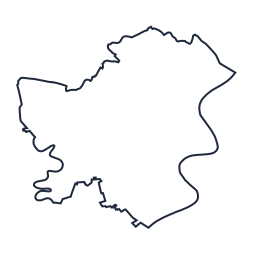 Kien Thuy, Hải Phòng, Vietnam, rotated 268°
{"feature_id": "81297802B29420287983322", "entity_name": "Kien Thuy", "entity_type": "district", "adm_level": 2, "iso_a3": "VNM", "parent_name": "Vietnam", "parent_adm1": "Hải Phòng", "projection": "equal_earth", "projection_center": [106.673, 20.734], "detail": "fine", "context": "isolated", "style": "outline", "palette": "slate", "viewbox_px": 256, "rotation_deg": 268, "n_neighbors": 0, "source": "geoboundaries", "source_scale": "gbopen_adm2", "svg_char_len": 5617}
<svg xmlns="http://www.w3.org/2000/svg" viewBox="0 0 256 256"><g transform="rotate(268 128 128)"><path d="M27.6,145.0L29.3,146.9L30.9,149.0L32.4,151.0L32.7,151.6L33.3,152.4L34.1,153.7L35.7,157.1L36.7,158.9L38.2,162.4L38.9,164.1L40.4,167.8L41.1,169.8L42.7,173.7L43.1,175.3L44.4,179.1L45.1,180.8L46.5,184.5L47.4,186.4L48.8,189.0L49.2,189.7L50.6,191.9L52.4,193.8L53.8,194.7L55.4,195.4L57.1,195.6L59.0,195.5L60.7,195.2L62.9,194.5L64.5,193.0L67.0,190.3L69.2,187.9L70.8,186.4L72.7,184.6L74.1,183.1L75.8,182.1L79.2,179.9L80.4,179.0L82.0,178.5L82.8,178.2L85.4,178.0L88.3,178.0L90.2,178.6L92.2,180.0L95.1,183.2L96.1,184.9L97.3,187.6L98.2,190.7L98.6,194.8L99.0,205.6L99.5,210.2L100.4,213.1L101.7,215.0L103.3,216.3L105.2,217.0L105.8,217.1L107.6,216.9L109.7,216.5L112.6,215.7L115.7,214.8L118.1,213.7L123.1,211.0L127.6,208.0L138.2,200.9L140.5,200.3L145.1,199.9L149.1,200.5L152.4,202.0L155.0,203.9L158.3,207.2L160.5,210.1L162.9,213.5L167.6,222.5L171.2,228.5L174.4,232.4L176.5,234.5L179.6,237.2L189.4,222.0L197.3,218.7L199.1,217.5L201.9,215.2L206.3,211.5L209.4,208.7L212.5,204.5L215.0,202.6L217.7,200.5L218.2,199.0L218.6,198.5L219.0,198.2L218.0,196.4L214.7,195.6L211.7,194.4L210.6,193.6L210.2,193.2L210.1,192.9L210.1,192.4L210.1,192.1L210.3,191.7L211.1,190.6L212.0,188.8L212.2,188.6L212.7,188.3L212.9,188.1L213.0,187.6L213.2,185.2L213.2,184.2L213.2,183.6L212.8,181.4L213.0,180.2L213.2,179.9L215.7,178.5L216.2,178.2L217.7,176.1L218.1,175.7L218.8,175.4L221.2,174.1L221.5,173.8L221.9,173.2L222.0,172.0L222.0,171.5L221.9,171.1L221.7,170.7L220.1,168.0L219.7,167.4L219.7,167.1L219.9,166.9L220.3,166.8L222.2,165.2L223.1,164.3L224.9,161.7L225.7,159.9L226.5,158.0L226.6,157.6L226.6,157.4L226.1,156.0L226.2,155.9L226.3,155.7L228.4,154.4L227.4,152.8L227.2,152.3L227.1,151.8L226.8,151.4L226.5,151.2L225.4,151.0L225.1,150.8L224.9,150.4L224.6,148.8L224.4,148.0L221.4,141.8L219.0,136.3L218.4,134.9L219.2,132.5L219.5,131.2L219.6,130.4L219.7,129.7L219.7,129.0L219.7,128.0L219.5,127.0L219.2,126.5L218.7,125.9L217.6,125.0L214.8,123.3L214.1,122.4L213.8,121.9L213.6,121.4L213.4,120.9L213.4,120.0L213.4,119.2L213.8,116.3L213.8,115.6L213.7,115.2L213.5,114.7L212.3,113.3L212.2,112.6L212.3,111.5L211.1,110.7L210.6,110.8L209.7,110.8L209.2,110.8L208.5,111.0L208.0,111.2L207.4,111.5L207.0,112.0L206.5,112.4L206.3,112.7L206.0,112.9L205.4,113.5L204.5,114.4L203.7,115.1L203.0,116.1L202.7,116.6L201.9,118.3L200.3,117.2L195.6,121.6L194.0,120.6L194.9,117.6L195.1,117.0L195.1,116.4L195.0,115.7L195.0,114.6L195.1,113.7L196.0,109.9L196.0,108.8L195.8,108.0L195.3,106.7L194.8,106.2L193.9,105.9L193.5,105.6L193.3,105.1L193.1,104.7L191.7,105.0L191.0,105.1L189.9,105.0L189.3,105.1L188.7,104.7L188.3,104.4L189.4,102.6L185.6,100.2L181.5,97.9L181.4,96.8L180.4,96.4L180.4,95.4L180.4,94.5L180.2,94.1L179.9,93.9L179.2,94.1L178.7,93.9L177.1,93.0L176.7,92.7L176.3,92.2L177.2,91.0L177.4,90.6L177.7,89.6L177.7,88.8L177.6,87.9L177.2,87.0L176.6,86.3L171.6,83.4L169.6,81.7L169.2,81.1L168.4,78.6L168.1,77.8L167.9,77.6L167.9,76.9L168.0,75.1L168.1,73.1L167.7,71.0L167.0,67.9L167.4,67.6L167.9,67.4L168.8,67.3L169.8,67.5L171.9,68.1L172.1,68.0L172.5,67.0L173.7,63.7L174.0,62.9L174.6,61.1L175.5,58.0L176.5,54.1L176.3,54.0L176.4,53.6L176.7,51.6L177.1,49.4L177.7,47.1L180.1,36.7L180.4,35.1L180.4,34.4L181.8,24.9L181.8,22.8L179.0,20.1L178.5,19.9L176.3,19.8L175.9,19.7L175.6,19.5L175.1,18.9L174.8,18.8L168.8,20.2L162.5,21.4L160.5,21.7L158.7,22.0L156.6,22.4L155.3,22.6L155.0,22.5L152.8,20.8L152.3,20.5L151.8,20.4L151.3,20.3L148.6,20.4L147.1,20.4L143.9,20.6L141.5,20.6L138.8,21.1L138.3,21.3L131.4,27.0L131.1,24.1L130.8,23.4L130.2,22.9L129.6,23.1L129.0,23.4L129.3,24.2L129.1,24.4L128.6,24.9L128.4,25.3L128.5,25.9L128.3,26.1L127.5,26.3L128.7,29.4L122.0,34.8L121.4,34.3L120.5,33.7L119.0,33.2L117.5,33.1L115.9,33.1L115.0,33.3L113.5,33.9L112.4,34.5L111.0,35.5L109.0,37.1L108.0,38.7L107.8,39.8L107.8,41.0L108.2,42.5L109.8,45.7L112.7,50.5L113.2,52.1L113.3,53.0L113.1,53.6L112.6,53.8L111.7,53.6L110.0,52.6L106.1,49.5L104.5,49.0L104.0,49.0L103.4,49.2L102.8,49.6L102.4,50.2L101.9,51.2L99.2,57.8L97.8,59.8L96.2,60.9L94.0,61.6L92.7,61.5L91.1,61.0L89.6,60.2L88.3,58.8L87.4,57.1L87.0,55.5L86.9,54.2L87.2,52.1L87.8,48.8L87.9,47.8L87.7,46.9L87.4,46.4L86.8,46.1L85.2,46.2L82.7,46.5L81.5,46.1L80.2,45.2L79.4,44.2L78.8,42.8L77.8,36.2L77.1,34.0L76.3,32.8L75.7,32.3L74.9,32.0L74.1,32.0L73.5,32.2L72.6,33.1L71.8,34.2L71.2,35.7L70.7,37.2L70.4,38.9L70.2,40.6L70.3,44.5L70.3,46.0L70.0,47.3L69.4,48.4L68.9,48.7L68.2,48.7L67.7,48.3L67.5,47.8L67.4,47.1L67.4,46.3L68.1,41.4L68.2,40.1L68.1,39.0L67.8,37.7L67.3,36.7L66.7,35.7L65.8,34.8L64.6,33.8L63.3,33.2L62.4,33.0L61.3,33.1L60.4,33.5L59.8,33.9L59.3,34.5L58.9,35.6L58.8,36.6L58.8,37.9L58.9,38.9L59.4,40.6L60.4,43.4L60.5,43.8L60.6,44.6L60.5,45.7L60.4,46.4L60.2,47.0L59.9,47.6L59.3,48.3L58.6,49.1L57.9,49.6L55.8,51.0L56.0,52.1L56.0,52.4L55.8,53.4L55.0,58.0L59.3,60.3L59.7,62.1L60.6,65.2L61.5,68.5L62.3,68.6L66.5,70.2L68.4,71.0L74.3,73.4L74.2,74.1L74.1,74.4L73.9,74.5L73.7,74.5L73.5,75.0L75.3,75.3L75.6,82.4L74.7,82.5L74.1,83.3L73.9,83.5L73.1,83.4L72.8,83.6L71.8,85.6L73.1,87.5L74.9,89.8L77.8,89.9L77.7,92.2L79.6,92.1L79.6,94.0L77.8,94.1L78.0,98.0L75.9,99.5L74.5,96.9L70.7,97.5L63.9,98.9L63.9,99.4L63.6,99.5L63.8,100.7L55.9,102.8L54.4,97.4L50.6,99.5L50.7,102.8L50.3,103.2L49.7,103.5L50.5,107.7L49.4,108.6L49.1,108.8L49.1,109.5L49.1,110.1L49.8,109.8L50.7,111.1L51.6,112.2L51.6,112.8L51.2,113.6L49.6,112.6L49.0,112.3L46.9,113.0L47.2,114.4L46.7,114.7L47.3,116.3L44.6,118.4L44.9,119.0L45.6,120.2L45.8,120.6L46.2,120.9L46.4,121.3L46.6,122.0L46.6,122.8L38.1,129.7L35.4,133.4L32.8,128.9L29.1,132.3L32.5,136.6L32.9,137.3L27.6,145.0Z" fill="none" stroke="#1e293b" stroke-width="2"/></g></svg>